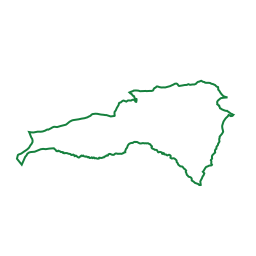 outline of Herrán, Norte de Santander, Colombia, rotated 109°
{"feature_id": "7082276B14743342405836", "entity_name": "Herrán", "entity_type": "district", "adm_level": 2, "iso_a3": "COL", "parent_name": "Colombia", "parent_adm1": "Norte de Santander", "projection": "natural_earth1", "projection_center": [-72.49, 7.478], "detail": "fine", "context": "isolated", "style": "outline", "palette": "green", "viewbox_px": 256, "rotation_deg": 109, "n_neighbors": 0, "source": "geoboundaries", "source_scale": "gbopen_adm2", "svg_char_len": 5778}
<svg xmlns="http://www.w3.org/2000/svg" viewBox="0 0 256 256"><g transform="rotate(109 128 128)"><path d="M79.5,114.5L80.3,114.8L81.1,115.3L81.5,115.9L81.9,116.1L82.9,116.4L83.7,116.4L84.4,116.6L85.2,117.6L85.7,119.1L87.1,122.5L87.2,123.3L89.3,128.6L89.3,130.3L89.9,132.6L90.7,134.7L91.7,135.6L92.7,136.9L93.9,138.2L94.6,136.7L94.6,135.7L95.1,135.2L95.4,134.5L95.9,133.9L95.9,132.9L96.1,132.5L97.2,131.8L97.9,131.0L98.0,130.3L97.8,129.5L98.6,129.0L100.6,128.7L100.7,128.8L100.6,129.6L99.8,130.5L99.5,131.5L99.5,131.9L99.7,132.6L100.0,133.1L101.1,134.1L101.7,136.3L102.1,137.1L103.6,138.2L103.5,140.1L103.5,141.1L103.7,141.5L104.5,142.2L106.3,143.3L107.0,144.4L107.6,144.6L108.9,144.4L109.5,144.4L112.6,145.1L115.5,145.3L116.7,145.8L117.3,145.9L119.3,145.3L120.3,144.7L121.0,144.7L122.7,148.1L122.8,152.7L123.2,153.8L123.5,155.5L124.1,158.0L124.6,161.7L125.1,163.4L126.2,165.7L126.5,166.2L127.4,166.9L128.6,167.4L129.5,168.3L130.1,169.0L131.0,169.7L132.9,172.3L134.2,174.8L135.9,177.6L138.4,182.4L139.0,183.3L139.8,184.1L141.1,185.3L144.1,187.1L145.1,187.8L148.1,192.4L150.2,195.3L150.8,197.9L151.1,198.6L152.1,199.7L153.2,200.6L155.5,202.8L155.7,203.8L156.4,204.6L157.2,205.2L157.8,205.9L159.1,207.6L160.0,209.5L160.8,212.1L163.0,215.9L163.6,218.0L164.0,220.2L164.5,219.7L166.9,217.7L168.4,216.4L169.4,215.1L171.0,214.1L172.4,213.7L174.4,214.0L176.4,214.7L178.7,215.1L180.7,216.1L181.9,216.9L184.4,218.8L186.5,220.3L187.0,220.7L188.8,222.9L189.2,223.2L189.7,223.3L193.2,223.0L197.3,216.5L188.7,215.8L187.1,215.1L185.1,214.8L183.3,213.5L182.4,212.1L180.8,208.5L176.5,203.6L175.4,201.5L174.8,198.9L173.1,195.7L171.3,191.5L171.8,190.7L172.1,189.5L172.9,188.6L173.1,187.9L172.9,187.1L172.3,186.7L172.1,186.3L172.4,185.6L172.2,185.2L172.2,184.8L172.6,183.7L172.2,182.8L172.1,182.0L172.2,181.8L172.6,181.6L172.6,181.3L172.3,181.0L172.7,180.7L172.6,179.9L172.0,178.9L171.6,177.5L171.7,175.9L171.5,174.9L171.4,174.2L171.5,173.6L171.9,173.1L171.9,172.6L171.6,171.9L171.0,171.2L171.2,170.6L171.2,169.8L172.0,169.3L171.8,168.9L171.3,168.6L171.1,168.1L171.3,167.4L171.8,166.4L172.0,165.3L171.9,164.8L171.6,164.5L170.8,164.2L170.3,163.5L169.6,163.4L169.1,162.8L169.3,162.0L168.7,161.4L169.0,160.9L169.1,159.9L168.8,159.2L168.9,158.6L168.4,157.8L168.8,156.7L168.4,156.2L168.2,155.8L168.3,155.3L168.8,154.9L168.8,154.4L168.4,153.5L167.6,152.8L167.6,152.4L168.0,152.0L168.0,151.6L167.0,150.7L167.1,150.3L167.4,149.9L167.5,149.5L166.9,148.5L167.0,147.2L166.7,146.2L166.3,145.6L165.7,145.7L165.4,145.5L165.1,143.6L164.6,142.7L163.9,142.0L163.6,141.2L163.3,141.0L162.8,141.0L162.5,140.5L162.1,140.2L161.8,139.8L161.1,139.5L160.8,139.1L160.8,138.4L160.5,138.0L159.3,137.9L158.6,137.2L158.3,136.2L158.5,134.7L158.3,133.4L157.9,132.6L156.8,132.0L156.1,131.3L155.8,130.4L155.8,129.4L155.5,128.8L155.4,128.1L154.9,127.3L154.6,125.8L154.3,125.3L153.6,124.8L153.2,124.0L152.2,123.6L151.8,122.7L150.8,123.1L148.5,123.1L147.0,122.5L144.7,122.5L143.6,122.2L142.9,121.9L142.3,121.5L141.2,120.2L140.9,119.7L140.6,118.7L140.4,118.5L139.9,118.3L139.4,117.8L138.8,116.9L138.8,116.2L138.3,115.1L138.3,114.7L138.7,112.4L138.7,111.5L138.2,110.3L137.5,109.2L137.3,108.5L137.1,107.2L136.9,107.0L136.7,106.3L136.5,105.7L136.5,105.3L136.0,104.4L135.9,103.8L136.2,102.8L136.1,102.3L136.3,101.4L136.9,100.9L137.5,99.4L137.9,99.3L138.3,99.5L138.6,99.5L139.2,99.0L139.5,98.3L139.6,96.4L139.9,95.7L139.5,94.2L139.5,93.5L141.1,91.6L141.1,91.3L140.2,90.1L140.1,89.0L140.2,87.9L140.5,87.7L140.8,87.7L141.1,87.5L141.3,87.1L141.1,86.8L140.5,86.5L140.1,86.1L140.4,85.6L141.0,85.4L141.1,85.0L140.7,83.4L141.0,82.8L141.1,81.9L140.1,80.8L139.9,80.3L140.0,79.5L140.3,78.8L140.6,78.5L142.0,78.3L142.3,78.2L142.4,77.9L142.6,76.6L141.9,75.4L141.7,74.7L141.9,73.6L142.6,72.0L142.9,71.5L144.3,70.9L145.1,69.5L145.8,69.0L146.3,68.5L147.2,66.1L146.8,64.0L147.3,63.1L148.2,61.8L148.4,60.8L149.1,59.5L149.4,59.1L150.4,59.2L150.7,59.1L151.9,57.9L152.8,57.4L153.3,56.8L153.4,56.3L154.3,54.9L154.2,53.1L154.5,52.0L155.1,51.4L155.5,51.1L156.8,50.7L157.0,50.3L157.3,48.6L158.1,46.8L158.1,43.4L158.7,42.1L158.5,41.3L158.2,40.7L157.6,40.9L156.4,41.6L155.8,41.8L155.1,42.2L154.4,42.2L151.3,41.7L149.5,41.7L148.3,41.2L146.5,41.1L146.0,41.1L145.0,43.0L144.2,42.6L143.1,42.4L140.3,41.8L139.8,41.6L139.2,41.3L138.5,40.3L137.2,39.1L136.2,37.0L136.0,36.8L135.4,36.6L134.4,37.8L132.7,38.2L132.0,38.6L131.5,39.2L131.0,39.1L130.3,38.7L129.2,38.6L128.2,39.2L127.3,39.4L126.5,39.4L126.0,39.2L123.6,38.1L122.9,37.6L122.7,37.6L121.9,38.1L121.0,38.4L120.5,38.4L119.7,38.3L118.9,37.7L117.0,38.2L116.3,38.0L115.0,37.5L114.3,37.5L113.3,37.7L113.0,37.5L111.1,37.1L110.1,37.6L108.7,38.2L107.5,38.1L106.7,38.5L106.2,38.5L102.8,37.2L100.6,36.8L99.2,37.6L97.7,38.6L96.1,39.4L95.0,39.7L90.7,39.8L87.3,38.9L85.8,38.2L85.4,37.9L84.3,37.4L82.9,37.1L83.0,35.9L83.3,34.9L83.3,34.6L82.5,33.2L82.3,33.1L82.2,33.3L81.2,32.7L81.1,33.9L80.9,34.3L81.0,35.0L80.9,35.5L80.2,37.6L79.9,38.9L79.5,39.9L79.8,40.6L80.0,42.1L79.9,42.7L80.0,43.3L79.8,44.8L79.8,45.5L79.4,46.6L79.4,47.4L78.4,48.1L77.8,48.9L77.4,48.9L77.1,49.1L76.9,50.3L76.5,51.4L75.5,51.5L75.1,51.9L74.5,52.1L73.9,52.2L72.6,51.8L70.1,50.3L69.5,49.8L68.4,47.8L66.7,43.9L66.9,46.7L66.8,48.2L65.9,50.0L65.7,50.5L65.3,50.9L64.7,51.9L63.0,53.9L62.4,55.1L61.9,55.4L61.1,55.6L60.0,56.2L60.0,57.5L59.9,57.9L59.0,59.7L59.0,60.7L58.8,61.3L59.0,63.7L58.7,65.0L59.0,66.5L59.9,69.1L60.0,69.8L60.0,70.1L59.7,70.6L59.9,72.4L59.5,74.0L59.7,74.4L61.1,75.9L61.4,76.6L61.9,77.1L63.3,77.9L64.2,78.2L65.2,79.4L65.8,81.1L66.9,83.2L67.0,83.7L66.9,85.0L67.0,85.3L68.1,86.4L68.9,88.4L70.1,90.5L70.8,91.8L71.6,93.3L71.6,93.8L71.3,94.3L70.6,95.2L70.3,95.9L70.2,96.5L70.3,96.9L70.9,98.1L72.5,99.5L73.0,100.1L74.7,101.8L77.6,106.1L78.0,107.6L78.8,109.5L79.1,111.5L79.1,113.6L79.4,114.1L79.5,114.5Z" fill="none" stroke="#15803d" stroke-width="2"/></g></svg>